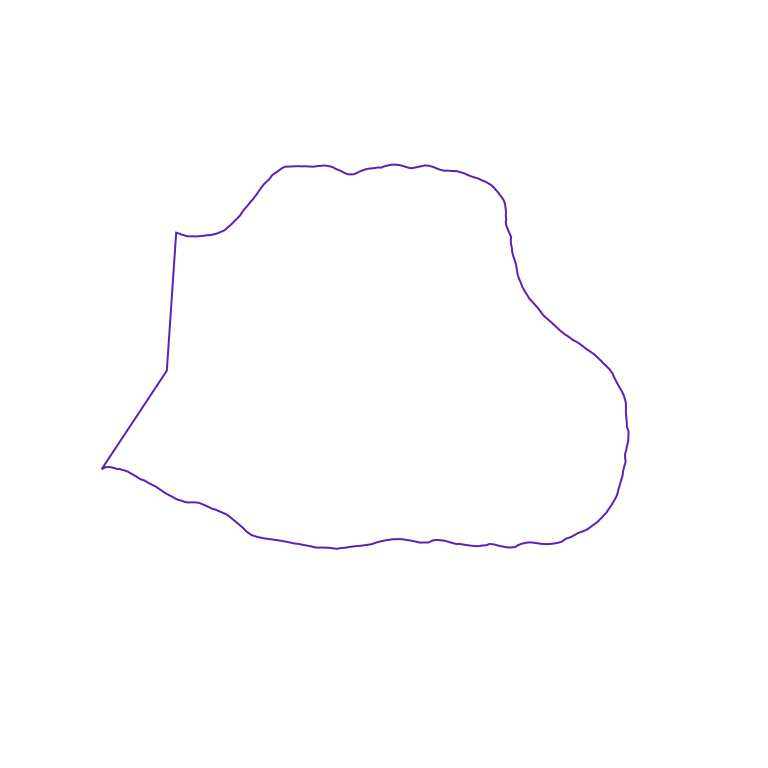 South Miladhunmadulu, Maldives (Natural Earth projection), rotated 303°
{"feature_id": "70690204B143324726132", "entity_name": "South Miladhunmadulu", "entity_type": "district", "adm_level": 2, "iso_a3": "MDV", "parent_name": "Maldives", "parent_adm1": "", "projection": "natural_earth1", "projection_center": [73.322, 5.821], "detail": "fine", "context": "isolated", "style": "outline", "palette": "violet", "viewbox_px": 768, "rotation_deg": 303, "n_neighbors": 0, "source": "geoboundaries", "source_scale": "gbopen_adm2", "svg_char_len": 4042}
<svg xmlns="http://www.w3.org/2000/svg" viewBox="0 0 768 768"><g transform="rotate(303 384 384)"><path d="M158.8,193.6L159.9,194.2L161.5,195.2L162.4,195.5L163.5,197.2L164.8,198.9L165.8,201.1L166.5,203.3L167.3,206.3L168.8,208.8L169.4,211.3L170.3,213.9L171.0,217.1L171.1,219.7L171.3,222.7L171.5,227.1L171.5,231.5L172.6,235.6L172.7,239.4L173.3,245.7L173.7,248.7L173.5,254.5L173.4,257.5L173.5,260.8L173.7,264.1L174.1,267.5L174.2,270.8L174.7,274.2L175.9,278.0L176.7,281.5L178.1,284.5L179.7,286.7L181.4,289.3L183.6,293.5L185.1,302.1L185.9,308.2L186.9,311.2L187.7,316.2L188.9,323.1L188.3,330.0L187.8,334.0L187.3,338.2L186.7,343.0L185.4,349.4L185.1,355.0L186.8,361.2L189.3,367.6L191.5,372.3L194.0,377.7L196.2,382.4L199.1,389.5L201.2,395.1L203.4,399.6L205.0,403.7L208.0,410.9L209.9,416.3L212.5,420.2L214.8,423.9L217.2,428.1L220.1,434.2L223.3,437.6L225.4,440.5L229.2,444.6L233.0,449.1L235.9,452.9L239.4,456.9L243.0,461.0L246.7,463.7L250.2,466.9L253.9,470.6L256.7,473.8L258.7,476.1L261.5,480.2L263.5,483.4L265.1,486.8L265.9,488.8L267.3,491.7L269.0,496.3L270.8,501.0L273.0,504.0L275.3,507.6L276.9,508.6L279.4,510.1L281.5,512.5L283.0,515.0L285.2,519.5L286.2,522.1L287.9,528.0L289.4,532.3L290.8,533.9L292.1,536.9L293.1,539.3L295.1,543.6L297.8,549.0L300.1,552.3L302.1,554.5L304.6,557.7L307.5,559.8L309.5,563.9L310.9,568.4L312.8,573.2L314.0,576.1L315.9,579.3L318.8,582.9L321.6,584.1L324.9,586.3L328.8,590.2L330.8,592.9L333.0,597.2L334.6,600.8L335.9,603.6L337.0,605.6L340.2,610.3L343.4,614.1L346.0,616.8L348.7,619.1L353.1,620.7L355.3,622.4L357.7,624.3L361.8,626.4L363.8,627.4L366.6,629.3L368.7,631.1L372.5,633.5L375.7,634.8L378.6,635.8L381.2,636.9L385.0,638.3L387.8,638.7L390.3,639.5L393.7,639.8L397.2,640.6L402.9,640.6L406.8,640.7L411.9,640.5L416.3,640.2L420.2,639.2L423.5,637.9L427.0,637.0L432.9,635.1L436.9,634.0L441.4,631.9L446.9,630.0L450.3,629.1L454.3,625.7L457.0,624.2L460.9,623.0L464.6,621.4L468.0,620.4L470.8,618.9L474.9,616.5L477.7,614.7L480.2,611.2L484.8,607.9L488.0,605.3L492.0,602.3L494.4,600.8L498.1,598.4L500.4,596.6L503.0,593.7L504.9,591.5L507.5,587.4L509.1,584.0L512.5,577.6L514.8,573.6L517.1,570.3L519.1,565.4L520.0,561.5L520.7,557.8L521.8,552.7L522.5,548.7L523.3,544.9L523.4,541.9L523.5,539.1L523.5,534.9L524.0,530.5L524.2,527.1L524.3,523.2L523.8,518.5L524.2,512.1L524.2,507.7L524.5,506.3L524.6,503.1L525.7,497.2L526.9,490.4L527.7,484.7L528.4,480.2L529.4,477.5L531.7,471.2L533.8,463.4L534.7,459.7L536.6,455.6L538.0,452.5L540.7,447.2L543.3,443.8L545.8,440.0L548.2,436.9L551.4,433.9L555.9,429.8L558.5,426.8L562.0,422.4L564.9,419.2L567.2,417.7L570.7,414.1L573.9,411.9L576.7,410.5L577.9,408.5L579.7,405.7L581.9,402.5L583.6,400.2L586.2,397.8L588.0,397.3L591.8,394.3L594.6,392.7L597.8,390.1L600.5,387.7L602.0,386.1L603.6,383.8L604.3,382.1L606.6,375.8L606.8,375.4L607.4,373.3L607.8,371.5L608.5,369.6L609.2,365.3L609.1,362.0L608.9,359.1L608.2,355.6L607.7,351.1L606.3,346.7L605.3,342.7L604.4,336.9L603.5,333.4L602.0,328.9L599.3,324.4L597.8,321.4L596.0,318.9L594.6,315.5L593.6,311.5L592.8,306.8L591.2,302.1L589.4,299.1L587.5,297.3L585.4,295.0L582.6,292.3L579.8,289.4L578.7,286.7L577.2,281.3L575.9,277.5L573.9,273.7L571.9,270.7L569.1,268.0L565.8,264.9L564.2,264.2L562.0,260.6L560.3,258.9L557.4,255.3L554.9,252.4L551.2,249.5L548.5,247.6L545.2,245.7L543.3,244.3L540.7,240.5L539.8,237.9L539.3,234.0L539.1,231.2L538.2,226.6L538.0,223.3L537.2,220.3L534.8,214.9L532.6,212.2L530.5,209.4L530.2,209.1L528.0,206.7L526.0,203.5L524.1,199.9L521.6,196.3L520.4,194.1L517.8,190.3L515.7,187.5L512.4,182.7L509.1,180.7L505.7,179.5L503.3,178.7L500.4,177.2L497.8,176.4L493.3,176.3L492.2,176.0L488.9,175.1L486.7,174.6L482.3,174.2L479.4,174.1L476.4,174.0L472.5,173.8L467.3,173.4L463.1,172.8L459.1,172.4L453.6,171.6L450.5,171.5L446.9,171.5L442.5,170.6L438.7,169.8L434.4,168.9L430.2,167.7L425.8,166.4L423.0,164.5L419.9,162.4L418.1,160.9L414.8,157.8L413.6,156.4L412.0,154.0L410.0,152.0L408.5,150.0L406.1,147.0L404.0,143.7L402.1,140.7L400.5,138.2L399.8,135.0L398.9,132.6L398.6,130.6L397.7,127.3L276.9,194.6L158.8,193.6Z" fill="none" stroke="#5b21b6" stroke-width="2"/></g></svg>